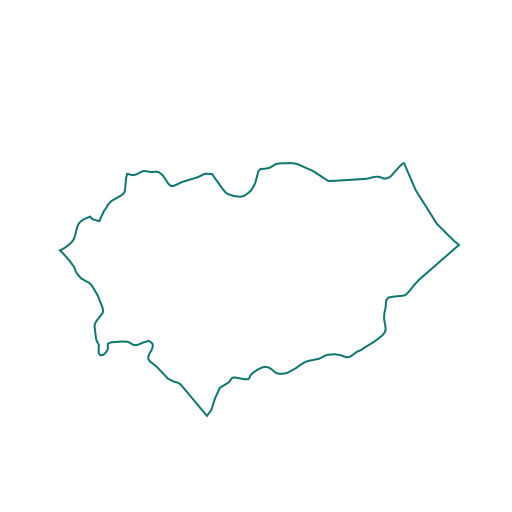 map outline of Övörhangay (Albers equal-area conic projection), rotated 242°
{"feature_id": "MNG-3327", "entity_name": "Övörhangay", "entity_type": "Province", "adm_level": 1, "iso_a3": "MNG", "parent_name": "Mongolia", "parent_adm1": "", "projection": "albers", "projection_center": [102.848, 45.744], "detail": "fine", "context": "isolated", "style": "outline", "palette": "teal", "viewbox_px": 512, "rotation_deg": 242, "n_neighbors": 0, "source": "natural_earth", "source_scale": "10m", "svg_char_len": 2755}
<svg xmlns="http://www.w3.org/2000/svg" viewBox="0 0 512 512"><g transform="rotate(242 256 256)"><path d="M353.0,85.5L352.9,89.1L353.1,92.0L354.3,98.4L355.6,101.7L356.4,103.1L359.4,106.2L364.0,110.3L366.9,113.4L367.8,114.7L368.4,116.3L368.9,118.0L369.2,120.5L369.1,123.3L368.6,128.1L366.6,128.4L365.1,129.1L363.4,130.7L360.3,134.1L363.3,137.7L365.7,141.2L367.1,142.9L368.8,146.4L370.8,149.4L371.6,151.4L372.3,153.5L372.5,155.3L372.8,165.9L373.2,167.7L373.8,169.3L374.6,170.3L375.7,171.3L385.7,177.8L389.0,180.8L385.1,185.3L384.6,187.0L384.2,189.4L384.2,194.7L383.6,197.2L379.1,203.1L378.2,205.5L377.2,207.6L375.6,209.6L370.8,211.6L361.0,212.5L358.9,213.3L357.6,214.0L356.9,215.3L356.5,216.4L356.1,224.1L356.0,225.6L352.9,241.7L352.7,249.4L349.0,255.7L331.9,257.8L326.9,258.8L324.9,259.7L323.1,260.9L318.9,265.2L316.0,269.4L315.2,271.4L314.8,273.4L314.8,275.6L315.2,278.1L315.7,280.7L316.6,283.1L318.1,285.9L321.3,290.1L329.7,297.8L330.7,300.9L328.8,305.0L328.1,307.3L327.5,309.6L327.8,316.8L327.3,318.5L326.6,320.5L321.3,331.0L319.7,333.4L317.5,335.9L304.3,346.2L288.4,355.0L286.2,359.2L272.9,388.4L271.7,392.0L270.4,397.3L269.0,400.4L267.8,402.2L264.0,405.6L263.0,408.7L263.0,412.2L267.9,425.6L268.6,428.5L268.4,430.3L239.2,427.9L199.6,430.8L176.7,437.8L170.5,440.4L158.5,388.8L156.2,382.3L152.8,374.4L151.9,371.6L151.5,369.6L151.7,368.0L152.0,366.9L155.2,359.4L157.2,353.2L155.7,350.1L148.8,345.6L145.8,342.9L141.0,339.8L131.4,336.6L129.4,335.3L127.9,333.4L127.0,331.3L126.3,328.9L125.4,324.0L124.8,319.7L124.1,308.2L123.8,306.3L123.6,304.8L124.0,301.4L123.9,299.0L123.0,293.3L123.0,291.2L123.5,289.5L124.3,288.1L128.9,284.0L132.5,279.0L135.4,272.2L135.6,269.5L135.6,263.7L139.0,252.1L139.3,247.8L139.0,244.1L138.2,238.4L138.1,229.0L138.7,226.4L139.7,223.9L141.0,221.6L142.3,219.7L143.9,218.4L148.0,216.9L150.3,215.7L152.3,214.1L153.7,212.3L154.3,210.9L154.7,208.9L154.9,204.4L154.4,198.8L153.7,196.3L152.8,194.4L151.7,193.3L150.9,191.3L152.3,188.4L159.0,179.9L159.5,178.0L159.0,176.3L158.1,174.8L157.4,172.9L157.1,171.0L156.6,162.2L149.7,153.2L141.4,144.6L140.4,143.2L137.9,137.6L178.2,129.1L181.6,126.8L183.7,124.4L189.0,120.7L204.6,116.4L213.4,112.7L215.5,112.6L217.3,113.3L219.2,115.2L222.2,119.9L223.6,121.5L225.4,122.9L227.4,123.4L231.3,121.7L232.6,115.6L233.0,110.3L233.8,108.0L234.6,106.4L240.4,102.6L243.4,97.5L247.8,87.5L248.1,84.3L246.9,83.2L245.3,82.6L243.7,81.7L242.5,80.3L241.5,78.5L240.8,76.4L240.5,74.2L241.1,72.5L242.3,71.6L244.3,71.7L245.3,72.0L251.3,75.5L255.4,75.5L257.3,75.7L270.0,80.5L272.2,82.6L273.7,85.0L277.7,93.9L279.3,95.2L282.2,96.2L295.3,97.7L306.9,97.2L310.4,96.2L318.2,91.1L323.6,89.9L326.2,89.6L327.9,89.6L330.5,90.1L332.1,90.2L338.5,89.3L347.6,87.2L353.0,85.5Z" fill="none" stroke="#0f766e" stroke-width="2"/></g></svg>